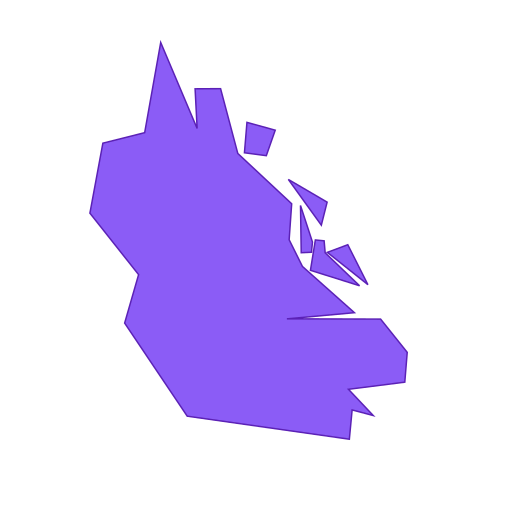 map outline of Riau (Mercator projection), rotated 18°
{"feature_id": "IDN-492", "entity_name": "Riau", "entity_type": "Province", "adm_level": 1, "iso_a3": "IDN", "parent_name": "Indonesia", "parent_adm1": "", "projection": "mercator", "projection_center": [102.223, 0.735], "detail": "coarse", "context": "isolated", "style": "filled", "palette": "violet", "viewbox_px": 512, "rotation_deg": 18, "n_neighbors": 0, "source": "natural_earth", "source_scale": "10m", "svg_char_len": 745}
<svg xmlns="http://www.w3.org/2000/svg" viewBox="0 0 512 512"><g transform="rotate(18 256 256)"><path d="M99.4,82.4L160.6,152.9L146.4,115.8L170.6,107.8L207.0,164.1L273.8,195.3L282.5,230.3L303.4,251.6L367.1,279.5L304.8,306.2L394.0,277.5L429.6,300.9L436.5,330.0L385.1,354.2L416.8,371.5L395.0,372.7L401.4,401.4L240.1,429.6L151.8,360.4L150.1,310.0L84.8,266.6L75.5,196.0L112.0,173.1L99.4,82.4ZM363.7,252.3L312.2,252.8L307.5,222.4L316.1,220.5L320.8,231.6L363.7,252.3ZM235.4,130.4L234.8,157.4L213.1,161.4L206.1,131.7L235.4,130.4ZM282.7,194.2L305.4,225.3L307.6,235.3L298.0,238.9L282.7,194.2ZM307.0,182.8L308.6,206.5L263.1,173.2L307.0,182.8ZM339.8,216.9L371.3,248.7L322.7,230.5L339.8,216.9Z" fill="#8b5cf6" stroke="#5b21b6" stroke-width="1.5"/></g></svg>